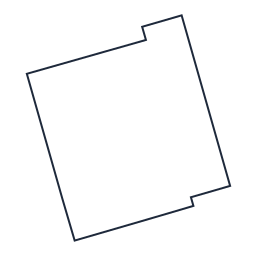 outline of Hardin, Iowa, United States of America, rotated 74°
{"feature_id": "52423323B84465171614567", "entity_name": "Hardin", "entity_type": "district", "adm_level": 2, "iso_a3": "USA", "parent_name": "United States of America", "parent_adm1": "Iowa", "projection": "natural_earth1", "projection_center": [-93.254, 42.383], "detail": "fine", "context": "isolated", "style": "outline", "palette": "slate", "viewbox_px": 256, "rotation_deg": 74, "n_neighbors": 0, "source": "geoboundaries", "source_scale": "gbopen_adm2", "svg_char_len": 308}
<svg xmlns="http://www.w3.org/2000/svg" viewBox="0 0 256 256"><g transform="rotate(74 128 128)"><path d="M34.5,45.4L34.6,86.5L48.3,86.5L48.2,127.8L48.0,210.3L135.0,210.5L177.8,210.6L221.5,210.3L221.2,127.9L220.9,86.6L211.9,86.6L211.8,45.8L34.5,45.4Z" fill="none" stroke="#1e293b" stroke-width="2"/></g></svg>